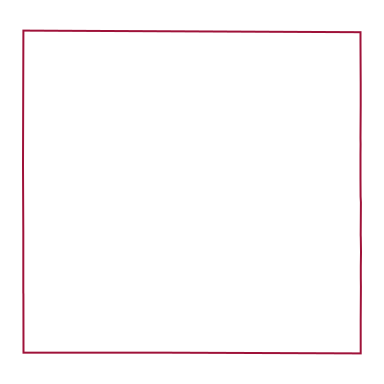 the district of Trumbull, Ohio, United States of America
{"feature_id": "52423323B93296857747121", "entity_name": "Trumbull", "entity_type": "district", "adm_level": 2, "iso_a3": "USA", "parent_name": "United States of America", "parent_adm1": "Ohio", "projection": "natural_earth1", "projection_center": [-80.618, 41.318], "detail": "fine", "context": "isolated", "style": "outline", "palette": "rose", "viewbox_px": 384, "rotation_deg": 0, "n_neighbors": 0, "source": "geoboundaries", "source_scale": "gbopen_adm2", "svg_char_len": 545}
<svg xmlns="http://www.w3.org/2000/svg" viewBox="0 0 384 384"><path d="M23.5,352.7L172.0,352.7L360.7,353.4L360.7,342.7L360.7,320.2L360.9,286.9L360.8,278.0L360.8,266.5L361.0,252.2L360.8,237.9L360.7,235.2L360.9,202.5L360.6,196.5L360.5,178.0L360.5,175.8L360.5,174.8L360.5,173.1L360.5,172.6L360.5,172.2L360.5,171.6L360.5,153.9L360.6,144.2L360.5,138.2L360.7,105.3L360.7,98.7L360.7,88.6L360.7,84.0L360.6,64.9L360.5,41.7L360.5,32.2L23.4,30.6L23.0,165.4L23.3,232.0L23.3,292.7L23.4,294.1L23.5,352.7Z" fill="none" stroke="#9f1239" stroke-width="2"/></svg>